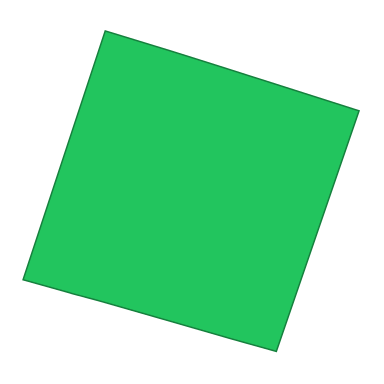 the district of Caswell, North Carolina, United States of America, rotated 196°
{"feature_id": "52423323B10780727675908", "entity_name": "Caswell", "entity_type": "district", "adm_level": 2, "iso_a3": "USA", "parent_name": "United States of America", "parent_adm1": "North Carolina", "projection": "albers", "projection_center": [-79.34, 36.392], "detail": "fine", "context": "isolated", "style": "filled", "palette": "green", "viewbox_px": 384, "rotation_deg": 196, "n_neighbors": 0, "source": "geoboundaries", "source_scale": "gbopen_adm2", "svg_char_len": 372}
<svg xmlns="http://www.w3.org/2000/svg" viewBox="0 0 384 384"><g transform="rotate(196 192 192)"><path d="M319.8,322.9L330.2,61.1L280.9,61.4L280.3,61.3L274.1,61.4L252.1,61.8L186.6,61.8L114.7,61.7L97.6,61.8L69.1,62.0L67.0,62.0L53.8,316.1L58.2,316.2L163.3,319.3L171.0,319.5L190.8,320.1L247.3,321.6L319.8,322.9Z" fill="#22c55e" stroke="#15803d" stroke-width="1.5"/></g></svg>